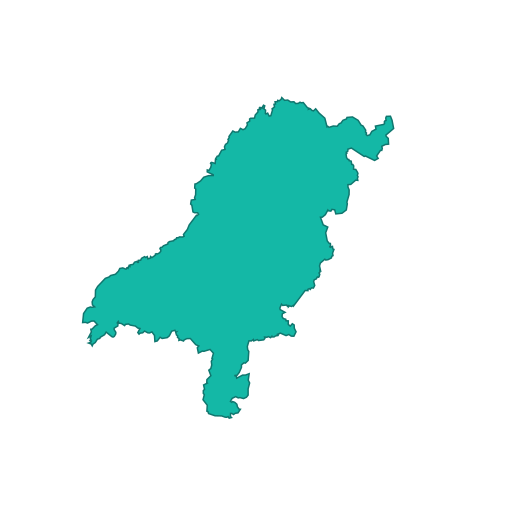 outline of Tzitzio, Michoacán, Mexico, rotated 238°
{"feature_id": "50627088B47865938217160", "entity_name": "Tzitzio", "entity_type": "district", "adm_level": 2, "iso_a3": "MEX", "parent_name": "Mexico", "parent_adm1": "Michoacán", "projection": "natural_earth1", "projection_center": [-100.936, 19.426], "detail": "fine", "context": "isolated", "style": "filled", "palette": "teal", "viewbox_px": 512, "rotation_deg": 238, "n_neighbors": 0, "source": "geoboundaries", "source_scale": "gbopen_adm2", "svg_char_len": 6116}
<svg xmlns="http://www.w3.org/2000/svg" viewBox="0 0 512 512"><g transform="rotate(238 256 256)"><path d="M376.7,361.8L375.6,360.4L375.3,357.9L376.5,356.9L375.5,356.0L376.7,353.9L374.6,353.1L375.1,351.6L372.6,350.7L372.3,347.6L371.1,347.4L367.1,342.9L367.7,341.3L371.0,341.6L371.2,339.7L371.9,339.5L374.6,341.4L376.6,340.7L378.7,343.0L379.9,342.3L378.9,340.3L377.9,340.1L380.0,338.0L379.7,337.2L378.3,337.9L378.0,337.3L379.0,335.1L377.1,334.0L376.0,330.1L373.7,327.8L375.7,324.3L375.6,323.2L373.7,322.1L373.7,318.9L371.6,318.1L369.7,314.3L370.0,311.9L372.5,310.4L370.6,306.8L372.1,303.9L374.3,302.6L371.7,296.4L370.7,296.1L369.7,294.0L368.6,293.9L366.9,291.7L366.8,289.3L365.3,287.1L362.8,286.2L363.9,282.9L360.6,277.2L361.2,276.1L360.0,273.5L359.1,273.5L359.4,272.8L356.1,270.4L358.9,268.0L359.0,267.2L358.6,266.5L357.2,266.7L355.0,264.4L353.5,261.4L354.8,260.3L353.2,259.2L347.6,262.8L346.9,262.4L349.3,258.3L350.5,253.4L349.0,248.7L348.9,243.6L349.4,242.4L346.1,240.0L344.7,240.4L339.9,237.2L338.0,234.8L336.2,234.4L337.7,230.8L334.7,228.1L333.0,228.5L326.8,225.9L325.3,226.8L323.6,229.4L321.8,229.4L321.5,227.5L322.1,227.1L317.8,215.9L314.9,211.9L312.7,205.9L310.8,205.5L311.0,203.8L312.8,201.1L312.6,200.0L313.5,198.4L312.7,196.9L313.1,195.5L312.6,194.2L314.1,190.2L314.0,188.5L312.9,187.6L313.7,182.9L313.2,180.9L313.8,179.5L313.0,178.3L312.1,178.7L310.6,177.9L309.8,175.9L310.0,173.4L310.9,172.5L310.9,171.6L310.0,171.2L309.8,166.9L311.4,166.3L310.2,165.3L310.9,162.8L313.1,163.5L313.2,161.7L314.5,161.2L314.7,157.7L313.5,155.9L314.6,154.0L312.9,152.9L313.4,152.1L314.5,152.3L315.1,149.7L314.0,147.3L315.2,144.5L314.0,143.6L315.1,143.2L313.6,141.3L314.2,141.3L314.4,140.1L313.8,139.9L313.8,138.7L316.5,136.7L317.6,133.9L316.0,131.3L315.0,127.1L316.5,122.4L316.1,120.1L316.9,116.4L314.1,105.6L312.1,101.8L306.5,98.1L305.4,94.7L303.9,92.7L301.2,91.4L298.4,92.2L299.5,89.5L300.5,88.6L301.2,85.2L298.6,79.3L291.4,73.7L290.1,76.2L288.4,77.6L288.0,81.9L286.7,84.2L281.7,85.2L282.0,82.9L280.9,78.3L281.4,77.1L278.8,76.1L275.7,70.8L275.6,73.8L273.6,71.6L272.4,71.6L272.2,70.4L271.0,71.2L270.4,70.1L270.9,67.9L268.7,69.6L266.6,69.5L267.7,71.1L267.8,73.8L269.5,77.4L268.9,79.8L269.6,81.1L269.5,85.9L270.9,88.6L264.0,91.0L263.0,91.8L262.9,93.2L264.2,95.7L265.6,96.7L268.8,96.7L270.0,97.5L269.9,101.7L272.1,103.4L272.8,102.9L273.5,104.5L271.6,104.2L270.2,106.0L266.6,107.7L267.2,109.1L265.9,111.9L264.1,112.7L260.5,116.6L257.5,117.6L256.0,119.2L253.7,115.2L251.7,115.4L252.0,116.8L250.9,119.2L251.4,121.7L248.1,123.6L247.1,125.1L246.8,127.5L242.4,127.8L237.0,124.9L236.3,127.3L237.9,131.6L235.8,132.7L233.8,137.5L234.2,140.2L236.9,144.6L236.0,147.9L234.0,147.6L233.8,148.2L233.6,147.4L231.1,146.7L229.9,147.3L228.6,146.3L226.7,147.0L225.3,145.9L224.9,147.4L222.3,149.5L222.9,150.6L222.6,153.5L220.8,156.6L212.8,157.9L210.0,159.8L209.3,157.6L204.2,155.7L203.8,160.1L202.8,161.3L201.1,167.5L196.1,168.4L192.4,164.3L191.6,164.6L190.4,162.3L187.0,160.7L184.5,158.0L184.2,155.5L178.4,154.3L177.2,148.9L174.8,147.2L174.0,147.4L174.4,143.2L170.2,141.7L169.8,140.0L167.4,138.5L165.8,138.7L162.2,134.9L155.3,135.6L150.4,132.1L149.5,132.8L147.5,132.3L142.2,136.6L138.6,142.1L135.7,144.4L134.7,145.8L134.6,147.2L132.7,147.3L132.0,149.6L133.5,149.3L136.0,151.0L135.2,152.2L133.5,152.9L133.6,155.0L132.5,157.6L134.3,161.5L135.1,160.5L137.9,160.3L140.4,161.2L143.2,160.4L145.0,159.0L144.8,157.9L146.3,157.3L147.9,160.3L147.5,164.3L145.1,165.7L144.4,167.4L141.7,169.9L141.3,173.0L142.2,175.6L147.5,178.9L151.7,183.3L154.8,183.6L159.8,187.8L160.6,184.0L162.1,181.5L162.6,174.9L164.5,175.6L166.1,174.3L164.9,176.8L166.1,180.0L169.2,184.6L171.4,186.0L171.8,189.1L170.8,190.2L171.6,194.0L178.9,199.3L180.9,199.3L183.9,200.7L187.8,205.1L186.4,207.1L186.6,209.5L185.2,209.1L184.4,212.8L183.0,213.3L180.8,218.1L181.4,219.9L182.7,220.3L181.3,222.2L181.1,223.8L179.0,225.1L179.5,226.8L179.0,226.6L177.8,228.4L177.9,230.2L176.9,232.5L177.3,233.2L178.2,232.8L177.7,235.8L172.6,239.3L172.0,242.3L169.4,243.4L167.9,245.6L170.5,249.8L174.4,250.2L177.3,251.8L179.3,250.9L178.4,247.9L180.9,247.1L183.9,249.0L185.1,247.2L186.6,247.7L188.5,246.0L190.9,246.0L193.1,247.8L192.8,250.8L197.7,248.1L199.2,248.6L201.6,252.1L200.0,252.4L198.1,256.1L196.8,256.0L196.7,257.2L195.7,256.6L196.0,257.9L194.3,259.5L194.4,261.4L193.7,261.3L200.7,279.4L199.1,281.7L200.2,282.3L200.1,283.9L198.9,284.3L199.6,286.1L198.4,287.7L199.9,290.2L203.7,291.3L205.0,292.8L204.6,294.9L205.7,296.9L204.8,297.9L205.1,298.6L206.7,300.4L208.2,300.4L208.4,301.6L209.8,302.5L209.2,302.9L213.9,304.6L215.9,306.8L216.8,312.7L215.6,313.0L214.7,315.2L214.4,318.9L215.6,320.1L215.5,321.5L217.8,322.4L220.3,325.6L221.3,324.9L223.6,325.9L224.0,323.6L224.7,323.5L225.4,324.8L227.2,325.7L227.8,324.8L231.0,324.4L238.8,327.4L242.5,332.2L246.8,329.5L254.7,331.2L253.8,332.8L254.3,336.7L256.9,341.3L256.0,341.3L254.4,343.3L255.3,345.1L253.5,347.2L249.4,346.0L246.7,351.6L247.2,357.0L251.9,361.1L253.5,361.6L258.8,367.5L262.7,370.0L265.7,370.5L267.8,371.8L266.5,374.3L267.5,380.8L266.2,382.4L268.2,383.2L269.1,384.5L270.6,384.6L272.0,386.2L273.3,386.4L276.5,386.5L277.9,384.7L280.6,386.6L282.3,386.6L283.0,385.7L286.0,387.0L287.5,385.5L288.6,385.9L289.6,384.9L291.6,385.0L294.8,386.4L295.0,387.5L296.2,387.5L296.2,389.3L297.9,390.6L297.0,394.1L283.1,400.5L282.8,401.8L274.2,407.2L274.0,411.3L276.9,411.3L279.6,417.5L278.9,418.6L280.3,420.1L282.4,420.8L282.0,424.8L280.6,427.7L285.7,430.5L288.4,429.8L289.7,430.2L291.2,440.3L299.0,443.3L303.3,444.1L305.3,440.6L304.3,439.2L302.0,438.1L302.3,436.9L301.7,435.8L300.5,435.5L299.9,434.1L302.9,426.1L300.0,425.0L300.3,420.3L298.4,416.7L299.2,414.1L300.7,413.8L301.8,414.9L303.0,414.5L304.6,415.7L309.7,415.6L311.2,414.5L316.9,414.5L322.8,411.5L325.3,406.6L324.3,405.3L325.0,401.7L323.7,398.4L324.1,396.8L323.0,393.6L325.3,390.4L326.4,386.1L328.0,385.6L327.9,384.7L336.4,387.4L343.9,385.2L349.2,384.6L348.6,381.7L349.9,380.5L352.1,380.1L352.6,378.3L353.3,379.2L354.5,378.2L361.1,377.4L361.9,375.6L363.1,374.8L363.0,372.8L364.3,370.4L366.7,369.9L368.3,367.0L371.4,365.6L372.9,362.7L376.7,361.8Z" fill="#14b8a6" stroke="#0f766e" stroke-width="1.5"/></g></svg>